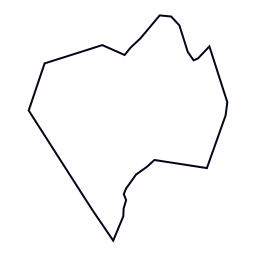 the border of Sveti Jurij
{"feature_id": "SVN-1048", "entity_name": "Sveti Jurij", "entity_type": "Municipality", "adm_level": 1, "iso_a3": "SVN", "parent_name": "Slovenia", "parent_adm1": "", "projection": "albers", "projection_center": [16.036, 46.559], "detail": "fine", "context": "isolated", "style": "outline", "palette": "ink", "viewbox_px": 256, "rotation_deg": 0, "n_neighbors": 0, "source": "natural_earth", "source_scale": "10m", "svg_char_len": 445}
<svg xmlns="http://www.w3.org/2000/svg" viewBox="0 0 256 256"><path d="M44.6,63.4L102.3,45.1L124.6,55.0L130.7,47.5L140.3,38.5L159.7,15.4L171.1,16.5L179.4,25.4L187.8,52.0L193.6,60.3L197.9,58.5L209.4,46.4L227.3,102.2L225.6,115.4L206.9,168.1L154.4,160.0L146.8,166.9L136.0,174.6L126.1,188.5L123.8,194.1L126.1,200.1L123.6,208.7L123.3,216.3L113.2,240.6L92.1,209.6L58.2,156.7L28.7,110.5L44.6,63.4Z" fill="none" stroke="#020617" stroke-width="2"/></svg>